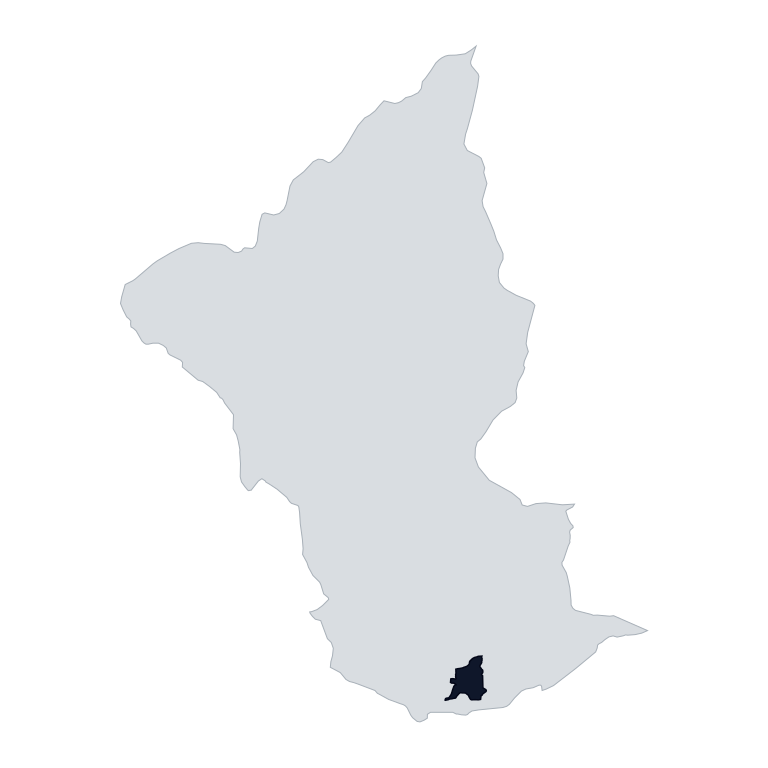 location of Abba, Nana-Mambéré, Central African Republic, rotated 270°
{"feature_id": "33826404B97851482460311", "entity_name": "Abba", "entity_type": "district", "adm_level": 2, "iso_a3": "CAF", "parent_name": "Central African Republic", "parent_adm1": "Nana-Mambéré", "projection": "natural_earth1", "projection_center": [15.206, 5.282], "detail": "fine", "context": "in_parent", "style": "filled", "palette": "ink", "viewbox_px": 768, "rotation_deg": 270, "n_neighbors": 0, "source": "geoboundaries", "source_scale": "gbopen_adm2", "svg_char_len": 5551}
<svg xmlns="http://www.w3.org/2000/svg" viewBox="0 0 768 768"><g transform="rotate(270 384 384)"><path d="M546.1,259.8L553.7,262.1L555.1,264.8L553.0,273.7L554.5,279.3L558.9,284.0L563.2,286.0L567.4,287.1L582.0,290.0L588.1,293.3L596.2,303.7L606.3,313.2L608.8,318.2L608.4,322.8L605.4,328.3L605.9,330.6L610.5,336.1L615.9,341.8L625.6,348.1L642.4,358.0L650.1,364.7L652.8,369.7L657.1,375.1L663.1,380.1L667.2,384.0L664.5,394.8L665.3,398.4L666.8,401.5L670.4,405.8L671.8,411.3L675.3,418.2L679.5,421.3L686.4,422.4L690.0,425.6L697.7,431.1L705.0,435.8L708.2,439.1L710.2,441.9L711.9,445.3L712.7,448.7L712.9,456.1L714.2,465.2L718.2,471.5L721.9,476.1L706.9,470.8L704.6,470.6L702.0,471.6L694.1,478.1L691.6,478.9L681.8,477.6L657.8,472.4L639.4,467.4L633.9,465.6L624.0,463.9L617.5,467.3L611.5,478.9L609.7,481.2L600.1,484.7L595.6,483.7L584.5,486.9L567.4,482.1L561.3,483.1L556.5,485.5L544.2,490.8L536.8,493.8L528.1,496.5L519.9,500.7L514.3,503.0L508.9,503.0L504.0,500.6L498.6,498.6L492.2,498.2L485.5,499.4L479.9,504.0L477.6,507.3L472.7,516.2L466.9,530.5L464.6,533.4L462.6,534.9L435.7,527.7L424.2,526.1L416.4,528.3L406.7,524.3L402.4,523.6L400.4,524.8L395.0,523.0L386.1,518.1L377.6,516.1L370.0,516.8L365.4,515.1L361.6,510.4L356.8,501.6L348.0,493.0L336.3,486.0L329.0,480.8L326.1,477.3L319.8,475.4L310.2,475.0L301.0,478.4L287.7,489.3L275.4,511.5L268.5,520.0L263.0,522.2L261.6,527.5L264.4,536.0L265.1,545.8L263.2,562.4L263.9,574.5L261.0,572.6L258.1,567.0L256.8,565.8L248.7,568.4L244.5,570.7L242.2,572.9L240.5,573.2L237.9,570.2L235.9,569.6L232.7,570.2L229.4,570.1L227.2,569.7L225.9,570.0L222.0,568.2L208.0,563.5L205.6,561.9L202.8,562.1L195.5,566.2L191.7,567.3L180.1,569.8L167.7,571.0L162.9,571.1L159.7,572.9L157.6,575.5L153.7,590.8L152.7,593.4L152.9,597.3L151.8,609.7L152.3,613.6L137.4,647.5L134.9,641.8L133.4,635.2L132.8,627.6L133.1,625.6L132.2,623.3L130.9,617.1L132.1,613.1L131.1,608.9L128.3,604.8L125.6,601.7L124.1,598.8L122.9,597.6L120.0,597.2L116.1,595.7L99.6,575.8L82.4,553.5L78.9,546.2L77.5,542.1L81.7,541.6L82.8,540.8L82.8,538.9L80.3,533.2L79.0,525.9L76.9,521.4L70.1,514.6L63.7,509.4L61.7,506.7L60.5,502.9L58.1,478.7L57.0,471.9L55.0,468.9L53.5,467.5L52.9,465.8L53.2,461.5L54.0,457.7L54.0,456.2L55.7,452.8L55.7,430.5L53.7,427.4L49.8,427.3L47.8,424.1L46.1,420.0L46.6,417.1L50.3,412.6L52.8,410.8L60.1,407.2L62.1,405.4L63.4,403.2L64.3,400.3L68.5,388.8L74.8,377.3L77.5,375.0L83.9,358.1L85.4,353.8L86.5,349.5L88.5,346.0L95.4,340.3L100.7,330.3L106.4,330.9L112.2,332.5L119.7,333.3L125.5,331.3L129.3,327.4L147.4,320.7L148.8,315.3L151.6,312.5L154.9,310.0L156.1,309.7L156.3,311.5L158.4,317.1L162.5,322.6L168.6,328.7L170.3,328.3L174.1,323.7L183.5,320.8L185.9,319.6L192.6,312.9L200.7,308.5L205.4,307.0L213.5,302.6L219.3,303.1L228.6,302.4L244.2,300.3L255.4,299.6L261.1,298.8L262.5,297.9L264.7,291.4L266.4,289.6L270.6,286.8L278.8,277.1L284.2,268.9L285.9,265.9L287.0,265.4L289.3,261.9L287.0,258.4L277.7,251.1L277.8,250.1L277.3,248.8L277.8,247.8L281.3,244.9L286.1,241.5L291.2,240.2L304.4,240.5L315.7,239.7L318.3,239.9L327.1,238.2L333.1,236.6L339.3,233.1L353.3,233.5L365.0,224.6L368.3,223.0L369.8,221.6L370.2,220.2L375.6,216.7L381.7,209.3L386.5,202.7L387.8,198.1L401.0,182.3L405.6,182.6L407.8,180.7L413.0,170.1L414.6,168.2L420.0,166.3L422.6,163.2L424.8,158.6L424.8,152.8L423.8,148.2L423.8,146.0L425.0,144.0L427.1,141.9L437.1,136.2L439.6,133.5L441.1,131.0L443.9,130.6L447.0,130.8L448.9,129.3L451.1,126.7L458.0,123.2L464.5,120.5L471.2,121.7L483.5,125.2L487.2,132.7L489.0,135.3L504.2,153.1L507.2,157.3L514.8,170.2L519.4,178.9L524.7,191.4L525.3,198.2L524.6,204.1L523.7,220.6L522.4,225.3L515.8,234.2L515.5,238.2L516.9,241.6L518.9,242.9L520.2,244.6L519.5,252.3L521.9,255.3L526.9,257.3L539.5,258.7L546.1,259.8Z" fill="#d9dde1" stroke="#a8b0b8" stroke-width="1"/><path d="M97.1,482.8L98.1,482.5L98.4,481.9L99.6,481.1L100.6,480.4L101.5,479.8L102.2,479.8L103.6,480.7L105.0,481.5L105.3,481.7L106.7,481.7L107.0,481.7L107.5,481.9L107.9,482.1L108.6,481.9L109.2,482.1L110.0,481.9L110.5,481.6L111.0,481.6L111.9,481.9L111.7,478.2L111.0,476.6L110.8,475.6L110.5,474.4L109.9,473.4L109.5,472.6L108.8,471.8L108.2,471.4L107.8,470.7L107.0,470.0L106.3,469.6L105.1,469.4L104.2,469.3L103.5,469.0L101.9,467.2L101.0,465.1L100.8,464.0L100.3,463.3L99.9,461.7L99.5,459.5L99.3,457.7L98.8,455.8L98.2,455.9L97.4,455.9L97.0,455.9L96.6,455.9L96.1,455.9L95.3,456.0L94.8,456.0L94.3,455.9L93.9,455.7L93.4,455.6L92.8,455.7L92.3,455.8L91.9,455.7L91.4,455.6L91.0,455.7L90.3,455.8L89.8,456.1L89.4,456.1L89.1,455.8L88.8,455.5L89.0,454.8L89.1,454.3L89.2,453.7L89.3,453.0L89.3,452.6L89.3,451.9L89.2,451.3L89.1,450.8L85.6,450.5L84.9,451.7L84.9,452.6L85.0,453.3L84.7,453.9L84.4,454.8L84.0,455.4L83.2,456.0L83.0,455.3L82.7,454.7L82.0,454.1L81.3,453.7L80.6,453.5L79.7,453.2L79.0,452.9L77.5,452.4L76.6,452.2L75.7,451.9L74.4,451.5L73.3,451.0L71.1,449.5L70.4,449.0L70.1,448.4L70.0,447.6L69.8,446.4L69.7,446.1L69.4,445.6L69.0,445.4L68.4,445.2L68.0,445.1L67.8,445.1L67.7,445.4L67.9,446.3L68.1,446.9L68.1,447.3L68.3,448.0L68.3,448.3L68.5,448.6L68.8,449.2L68.9,449.5L69.1,450.3L69.1,451.0L69.2,451.5L69.2,452.0L69.4,452.6L69.6,453.4L69.8,454.5L69.8,454.9L70.0,455.6L70.4,455.9L70.9,456.2L71.4,456.5L71.8,456.7L74.6,459.2L75.3,460.3L75.1,462.5L75.0,465.5L74.0,466.7L72.7,468.4L70.6,469.3L68.7,470.5L68.2,471.4L68.3,474.3L68.3,475.7L68.2,478.6L68.6,480.6L70.5,480.8L72.3,481.1L72.6,481.5L72.7,482.0L73.2,482.2L73.9,482.6L74.6,483.5L76.4,485.9L77.1,486.3L77.8,486.2L78.5,485.7L79.2,484.4L80.2,482.9L92.3,482.6L92.8,482.0L93.6,481.6L94.3,481.9L95.1,482.6L95.8,482.8L96.8,482.8L97.1,482.8Z" fill="#0f172a" stroke="#020617" stroke-width="1.5"/></g></svg>